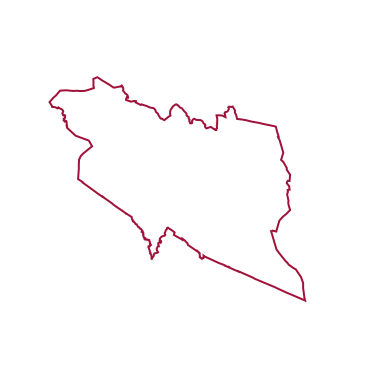 outline of Višķu pag., Daugavpils, Latvia, rotated 249°
{"feature_id": "27541924B4584699907336", "entity_name": "Višķu pag.", "entity_type": "district", "adm_level": 2, "iso_a3": "LVA", "parent_name": "Latvia", "parent_adm1": "Daugavpils", "projection": "robinson", "projection_center": [26.799, 56.069], "detail": "fine", "context": "isolated", "style": "outline", "palette": "rose", "viewbox_px": 384, "rotation_deg": 249, "n_neighbors": 0, "source": "geoboundaries", "source_scale": "gbopen_adm2", "svg_char_len": 6015}
<svg xmlns="http://www.w3.org/2000/svg" viewBox="0 0 384 384"><g transform="rotate(249 192 192)"><path d="M195.9,291.3L208.9,292.4L211.6,292.0L212.5,292.0L212.4,292.7L218.2,293.1L222.9,293.7L224.1,292.2L229.5,283.7L232.6,279.2L236.6,272.5L239.6,268.3L241.8,264.6L244.0,260.3L248.4,260.8L251.0,260.5L252.8,261.4L257.2,260.6L257.2,259.5L258.4,257.1L258.0,256.2L257.1,256.3L256.1,256.0L255.7,255.6L254.7,254.4L254.4,253.3L254.5,252.2L254.7,251.8L253.8,250.6L253.0,250.7L252.4,250.5L250.8,250.3L249.9,250.1L252.5,247.7L253.5,245.7L254.8,242.4L253.3,242.1L251.5,241.9L248.0,240.5L247.3,240.0L246.0,239.8L245.2,238.9L243.5,238.6L242.0,237.8L241.8,237.8L242.0,237.7L241.9,237.2L241.4,237.0L241.6,236.8L241.3,236.8L241.3,236.5L241.4,236.1L241.9,235.8L246.0,232.9L246.1,231.1L246.2,228.3L247.5,227.7L248.5,227.6L249.2,227.8L249.4,228.3L249.7,228.5L250.1,228.5L250.6,228.3L251.7,227.5L254.3,227.1L255.5,226.3L256.0,225.8L257.8,221.8L258.9,221.0L259.4,220.5L259.6,219.9L259.5,219.4L259.2,218.7L258.6,217.8L257.6,217.2L256.7,217.0L256.3,216.7L256.3,216.3L256.4,215.9L256.7,215.9L256.8,215.0L257.9,215.0L259.1,214.8L259.3,215.1L260.3,215.6L260.6,215.6L261.7,215.2L263.0,215.8L264.8,214.7L265.5,214.4L266.8,214.9L267.7,214.8L270.6,213.5L273.6,212.7L275.3,211.0L276.4,210.5L277.2,210.4L277.7,210.2L278.2,209.5L278.9,209.3L279.5,208.7L279.6,208.2L279.2,206.3L278.9,205.4L278.2,204.0L277.5,203.2L276.8,202.0L275.8,201.0L274.1,200.0L272.6,199.5L271.0,199.3L270.8,197.6L269.0,191.9L269.7,191.3L270.0,191.2L270.5,190.6L271.3,190.2L271.6,189.4L271.8,189.2L272.4,189.0L272.9,188.7L274.0,188.7L275.8,188.2L277.2,188.3L278.1,187.9L279.2,187.2L279.8,187.0L280.2,186.9L281.0,187.2L281.7,187.2L283.1,186.7L283.9,186.2L284.4,185.6L286.0,182.9L287.9,181.2L291.9,176.3L291.6,175.4L295.9,171.4L297.0,172.2L297.7,170.7L298.2,167.4L301.6,163.4L302.8,164.1L303.1,164.8L303.9,165.1L304.1,165.3L303.9,165.5L303.4,165.4L302.9,166.1L303.1,166.3L303.9,166.2L305.3,166.5L305.6,166.4L306.8,165.9L307.2,165.5L308.0,164.9L309.5,164.6L310.9,164.0L311.7,164.1L311.9,164.4L312.2,164.6L313.3,164.9L314.9,165.0L315.3,164.7L315.8,164.5L316.4,164.7L316.5,164.6L316.4,164.5L315.7,163.9L315.9,163.6L316.4,163.1L316.2,162.7L316.6,161.2L317.1,157.6L317.7,156.1L321.2,153.7L328.1,148.3L333.1,144.8L332.9,140.4L330.1,139.5L326.4,138.0L325.3,138.0L324.1,137.5L324.3,136.8L324.4,133.0L324.5,132.1L324.8,128.1L326.8,122.6L327.2,122.1L328.2,119.5L328.9,117.3L332.0,111.1L333.9,105.1L330.8,99.5L329.8,96.6L327.0,91.2L322.7,92.1L321.7,91.8L321.2,92.5L321.0,93.2L320.3,94.5L319.7,95.2L318.6,95.9L318.2,96.6L318.2,96.8L318.9,97.3L318.9,97.6L317.1,98.8L316.3,99.7L315.4,100.4L314.6,100.6L313.8,100.7L313.2,100.6L312.0,99.2L311.4,99.1L310.5,99.4L310.2,99.1L309.9,99.1L309.7,99.2L309.5,99.5L309.6,100.1L309.4,100.3L309.3,100.8L308.9,101.0L308.4,100.8L307.9,100.3L307.0,100.1L306.5,99.8L306.3,99.6L306.1,99.1L306.4,98.5L305.5,98.2L305.0,97.8L303.7,98.3L304.0,98.7L304.0,98.9L303.4,99.1L303.6,99.7L303.5,99.9L302.9,100.1L301.4,99.8L300.5,99.3L299.2,99.2L299.0,98.8L298.3,98.9L298.3,98.7L298.0,98.6L297.4,98.5L296.9,98.3L286.4,103.4L283.8,106.3L277.0,114.1L270.5,115.1L266.6,103.3L265.3,100.9L262.6,98.1L257.3,95.8L254.1,94.6L244.9,90.3L240.3,93.5L240.0,93.3L237.7,94.8L222.5,104.7L219.4,106.8L219.7,107.0L217.0,108.6L209.8,113.4L209.5,113.5L206.6,115.2L199.1,120.4L196.1,122.4L195.5,122.6L195.6,122.8L190.3,126.7L190.0,126.5L189.3,126.5L188.3,126.2L187.2,126.6L186.5,126.3L185.8,126.3L185.6,127.0L184.8,127.0L184.3,127.3L183.6,127.5L183.2,127.9L182.3,127.8L182.0,128.0L181.6,128.8L179.1,129.1L178.9,129.3L178.4,129.4L178.2,129.9L177.8,130.1L176.6,130.2L176.5,130.5L176.0,130.9L175.2,131.3L174.7,131.3L173.9,131.8L172.8,131.8L172.8,131.5L172.3,131.7L172.3,131.2L171.7,131.7L170.5,131.7L170.2,131.6L170.2,131.2L169.5,131.3L168.6,130.7L168.4,130.7L168.0,131.0L167.5,130.7L167.3,130.7L166.8,130.9L166.4,130.9L166.2,131.3L165.3,130.8L164.9,130.8L164.6,131.1L165.2,131.5L165.2,131.9L164.6,131.9L163.9,132.8L163.4,132.9L163.4,133.8L162.6,134.4L162.5,134.8L162.2,134.9L161.2,134.6L160.5,134.8L159.2,134.2L158.9,134.4L158.5,134.3L157.8,134.7L157.4,134.7L157.5,134.1L157.1,133.9L156.7,133.4L157.2,133.2L156.8,132.8L156.8,132.6L156.6,132.4L156.8,131.9L156.6,131.8L156.3,132.0L156.0,131.6L155.8,131.7L155.6,131.6L152.2,131.5L151.5,131.2L150.1,131.5L149.7,131.3L149.6,130.9L149.3,130.9L148.9,131.2L148.2,131.4L147.5,131.3L145.3,130.8L144.6,130.4L143.3,130.3L144.8,131.2L145.3,132.1L145.6,132.9L146.4,133.6L147.3,133.9L148.1,135.0L148.1,135.5L147.7,137.1L147.8,138.6L147.9,138.8L149.5,138.4L150.2,138.3L150.8,138.4L151.6,138.7L153.0,140.0L153.4,140.6L153.5,141.1L153.2,141.6L153.4,141.7L155.6,141.8L156.5,142.3L156.7,142.8L156.6,143.0L155.8,144.6L156.0,145.0L156.8,145.4L157.5,145.5L158.1,145.2L157.6,144.8L157.6,144.6L158.1,144.4L158.7,144.5L160.1,145.5L160.8,146.6L161.1,147.3L161.3,149.0L161.0,150.8L161.4,151.6L161.7,151.8L162.6,151.6L163.2,151.7L163.7,151.9L164.1,152.6L165.3,153.5L165.9,154.3L166.1,155.0L167.3,155.8L167.4,156.2L167.3,156.8L164.9,158.3L163.9,159.2L160.5,161.3L158.4,159.7L151.9,165.1L150.8,165.9L151.9,166.3L149.7,167.7L145.6,169.4L144.1,169.2L134.9,175.5L135.2,175.8L133.0,176.9L132.7,176.7L132.1,177.2L130.5,176.6L129.0,176.4L128.6,175.9L128.1,176.0L126.6,177.0L126.9,177.1L126.2,178.4L126.2,178.8L126.3,179.2L128.5,180.0L127.4,180.6L125.6,182.3L116.0,191.7L113.1,195.0L111.5,196.6L111.3,196.4L108.5,199.4L108.8,199.6L108.4,199.9L108.1,199.7L106.7,201.1L100.9,207.0L101.2,207.1L90.2,218.2L88.3,219.7L73.1,235.6L70.9,237.6L63.6,244.8L60.0,248.6L50.1,258.7L52.3,258.9L62.4,261.3L67.1,263.1L73.3,263.3L82.5,261.2L85.0,259.2L89.6,256.2L91.3,255.8L94.0,254.6L104.3,251.3L108.2,250.3L127.0,251.8L126.7,252.4L127.1,253.3L124.9,256.5L131.0,261.0L134.0,263.4L136.3,267.8L137.7,272.1L140.0,277.1L145.0,277.5L147.6,278.0L149.0,278.9L155.9,280.0L157.7,281.6L159.5,281.9L159.4,283.5L159.2,283.9L162.6,284.8L166.3,283.6L167.7,284.7L168.1,285.5L167.3,287.0L173.0,289.8L178.9,288.4L180.4,289.1L187.4,288.0L190.1,286.7L195.9,291.3Z" fill="none" stroke="#9f1239" stroke-width="2"/></g></svg>